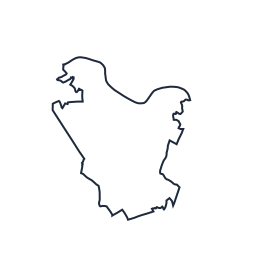 Thuan An, Bình Dương, Vietnam (Mercator projection), rotated 144°
{"feature_id": "81297802B69956804658452", "entity_name": "Thuan An", "entity_type": "district", "adm_level": 2, "iso_a3": "VNM", "parent_name": "Vietnam", "parent_adm1": "Bình Dương", "projection": "mercator", "projection_center": [106.706, 10.932], "detail": "fine", "context": "isolated", "style": "outline", "palette": "slate", "viewbox_px": 256, "rotation_deg": 144, "n_neighbors": 0, "source": "geoboundaries", "source_scale": "gbopen_adm2", "svg_char_len": 4435}
<svg xmlns="http://www.w3.org/2000/svg" viewBox="0 0 256 256"><g transform="rotate(144 128 128)"><path d="M69.0,136.2L71.0,137.4L76.7,140.4L81.3,142.0L84.4,142.7L85.5,142.7L87.7,142.2L94.4,139.9L96.9,139.1L98.4,138.8L99.5,138.8L100.1,138.8L101.1,139.2L102.7,140.1L104.1,141.1L105.5,142.4L107.0,144.5L108.7,147.7L110.3,151.1L112.5,156.0L114.6,161.5L116.1,165.4L116.3,165.8L116.8,167.5L117.5,170.3L118.0,173.1L118.2,174.5L118.3,175.7L118.2,176.9L117.9,179.1L117.0,180.9L114.9,184.7L114.6,185.4L114.4,185.6L112.9,187.7L111.9,189.3L111.5,190.2L111.3,191.6L111.2,193.1L111.3,194.2L111.5,195.3L112.0,197.3L112.9,198.7L116.8,203.7L119.3,207.2L121.1,209.5L121.5,209.9L122.9,211.3L124.9,213.2L126.7,214.3L128.9,215.2L132.8,215.8L137.7,216.0L140.3,216.4L142.0,216.9L142.1,216.7L143.1,217.4L143.9,216.0L144.0,215.9L144.1,215.6L144.3,215.5L144.4,215.4L145.9,213.7L146.0,213.3L146.1,213.2L146.0,212.5L145.7,210.5L145.5,208.3L146.2,207.9L146.6,207.8L147.0,207.8L147.6,207.9L148.4,208.0L149.5,208.2L151.0,208.3L151.9,208.4L152.5,208.6L153.6,209.0L154.1,209.3L154.5,209.3L155.3,209.2L156.2,209.1L156.8,209.1L156.9,208.7L156.8,208.2L156.4,207.8L155.8,207.2L155.1,206.5L154.7,205.8L154.3,204.8L154.3,204.1L154.1,203.7L153.9,203.1L153.8,202.9L153.4,202.8L152.2,202.5L151.5,202.3L151.0,202.2L150.1,202.1L149.6,202.1L149.1,202.0L148.7,202.0L148.0,201.9L147.4,201.9L147.0,201.8L146.4,201.6L146.0,201.5L144.3,202.4L143.8,201.1L142.7,201.7L142.2,200.9L143.3,199.6L144.5,199.0L146.5,198.1L149.2,197.0L148.2,194.7L148.0,193.7L147.8,192.3L147.8,191.7L147.9,191.2L148.0,190.6L148.6,189.4L148.8,188.8L148.8,188.4L148.9,187.9L148.8,187.5L148.6,187.3L148.4,187.2L147.9,187.2L147.2,187.4L146.4,187.6L145.8,187.9L145.0,188.4L144.6,188.6L144.4,188.4L144.2,188.1L144.2,187.9L144.3,187.7L144.5,187.5L144.7,187.3L144.9,187.2L144.5,186.9L143.9,186.7L143.6,186.5L143.2,186.2L143.1,185.7L142.9,185.0L146.0,181.1L146.8,180.0L147.4,179.0L149.1,176.0L153.9,179.4L158.2,182.1L159.5,182.9L160.4,183.4L161.2,183.8L161.6,184.0L162.8,182.9L164.4,184.8L167.8,183.3L169.4,182.6L169.6,183.6L168.8,185.6L168.0,188.6L167.9,189.0L167.9,189.7L168.0,190.5L172.9,191.6L174.6,191.8L177.9,187.5L178.4,186.9L178.6,184.6L180.0,159.3L180.4,151.5L181.3,137.2L181.3,134.6L181.5,128.7L182.4,128.5L183.4,127.8L184.6,127.0L185.2,127.0L185.8,126.8L185.8,125.4L186.1,125.3L186.6,125.2L186.9,125.0L187.2,124.5L187.1,124.3L187.3,124.0L187.9,123.4L192.5,119.1L191.2,116.9L190.9,115.0L190.4,112.5L189.6,110.4L188.1,107.1L187.4,104.2L186.8,101.1L185.8,98.5L186.8,96.2L188.6,92.8L189.4,91.7L192.1,87.9L193.1,86.5L195.0,84.9L195.7,84.2L196.3,82.8L196.6,81.8L196.6,81.4L196.6,81.1L196.3,80.8L194.4,79.9L193.1,78.9L192.7,78.6L191.9,77.7L191.4,77.2L191.4,76.4L191.4,72.3L191.4,70.5L191.6,68.4L191.6,67.6L191.7,67.1L192.2,66.4L191.9,66.4L186.1,65.7L180.7,65.3L180.7,61.4L181.2,56.3L181.9,53.8L175.6,51.6L171.7,50.6L168.5,49.6L162.6,47.5L156.5,45.5L156.1,48.6L155.2,48.4L154.5,47.9L154.2,47.6L153.7,47.6L153.2,47.5L152.8,46.6L152.4,46.6L152.0,46.7L151.5,47.0L151.1,47.0L150.3,45.5L149.3,44.5L148.8,44.2L148.2,44.1L146.5,44.3L146.4,43.5L146.8,41.7L146.9,41.1L146.6,40.9L146.2,41.1L144.6,41.8L143.6,42.5L142.4,43.4L140.9,44.8L139.5,46.7L135.7,46.9L135.4,44.2L135.4,43.0L136.0,41.3L137.1,38.7L134.9,40.0L121.2,49.7L121.7,53.4L123.1,54.7L123.5,55.3L124.0,56.7L124.1,57.6L124.6,59.4L125.8,62.3L126.9,63.9L127.3,65.2L127.2,66.7L127.0,68.7L127.0,69.9L127.3,70.6L127.9,71.2L128.4,71.8L128.6,72.2L128.1,73.3L127.0,74.7L126.7,75.0L126.4,75.1L125.9,75.5L124.9,76.2L123.3,77.5L120.4,79.4L118.2,80.7L115.2,81.7L113.4,82.8L112.4,83.8L111.7,84.8L111.4,85.2L109.1,87.1L107.6,88.5L106.1,90.3L103.8,91.9L101.6,93.5L98.2,86.3L93.7,89.1L91.2,90.4L87.6,92.3L83.9,94.7L86.2,96.4L87.2,98.1L86.4,98.7L84.6,99.4L83.9,99.9L83.5,100.3L83.4,100.7L83.3,102.6L83.0,103.7L83.3,104.3L83.5,105.0L83.8,105.6L84.2,106.3L86.1,107.6L86.2,107.8L85.5,108.9L85.0,110.1L84.1,111.7L83.6,112.2L83.2,112.6L82.8,112.7L82.3,112.6L81.9,112.1L81.5,111.5L81.2,111.3L80.8,111.3L80.4,111.8L79.7,112.5L79.4,112.5L79.1,111.8L78.6,110.3L78.1,109.2L77.3,108.5L76.9,108.5L74.5,109.0L73.9,109.3L73.5,110.3L72.5,112.4L71.2,113.9L70.7,115.1L70.5,116.5L70.2,117.6L69.6,117.9L69.0,117.8L68.3,117.3L67.5,116.9L66.2,116.9L65.1,117.2L64.6,117.1L63.8,116.3L63.3,115.7L63.0,115.1L62.6,114.5L61.3,114.0L60.2,117.0L59.6,119.1L59.4,120.5L59.4,122.1L59.7,124.5L60.2,126.3L61.2,128.0L62.5,130.1L63.7,131.7L66.2,134.0L69.0,136.2Z" fill="none" stroke="#1e293b" stroke-width="2"/></g></svg>